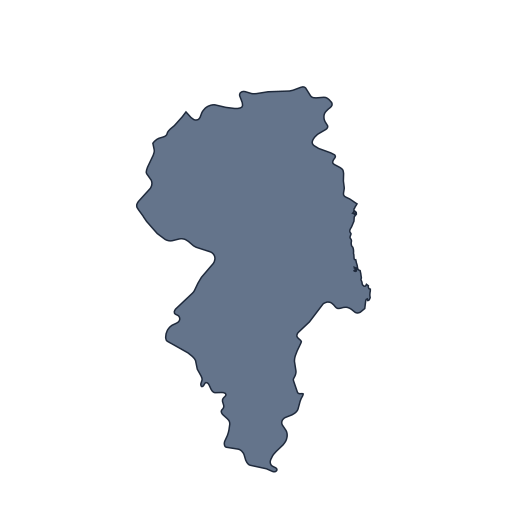 SVG path tracing the border of Al Madinah, rotated 219°
{"feature_id": "SAU-845", "entity_name": "Al Madinah", "entity_type": "Region", "adm_level": 1, "iso_a3": "SAU", "parent_name": "Saudi Arabia", "parent_adm1": "", "projection": "natural_earth1", "projection_center": [39.015, 24.943], "detail": "fine", "context": "isolated", "style": "filled", "palette": "slate", "viewbox_px": 512, "rotation_deg": 219, "n_neighbors": 0, "source": "natural_earth", "source_scale": "10m", "svg_char_len": 5898}
<svg xmlns="http://www.w3.org/2000/svg" viewBox="0 0 512 512"><g transform="rotate(219 256 256)"><path d="M210.3,360.1L210.1,358.7L209.9,356.8L209.5,355.3L209.4,354.1L208.5,353.0L208.0,352.2L207.8,351.1L207.8,350.0L206.5,350.7L205.9,350.3L205.5,350.3L205.5,351.5L206.1,352.1L207.5,352.7L207.5,353.1L205.6,353.0L204.3,351.7L204.3,348.3L201.8,344.7L200.4,340.0L200.0,338.5L199.8,336.8L199.4,335.2L198.5,334.0L197.9,333.7L197.3,333.5L196.3,333.2L195.8,332.5L195.5,331.5L195.1,330.3L194.4,329.3L193.4,329.0L192.5,328.7L191.7,328.2L191.2,327.7L190.6,326.6L189.7,325.4L189.2,325.0L188.3,324.2L187.1,323.8L186.2,323.7L184.8,322.7L184.1,322.1L183.0,320.9L181.9,319.4L180.7,318.5L179.8,317.5L178.1,315.7L177.6,315.4L177.1,315.3L176.6,315.5L176.2,315.9L174.9,314.9L174.0,314.1L171.6,312.5L169.9,311.0L170.2,310.2L171.2,309.4L172.6,309.1L172.0,308.5L171.2,308.8L170.1,309.4L169.7,308.6L170.4,307.4L170.6,306.3L170.0,306.1L169.6,306.6L168.9,306.7L168.6,307.4L168.9,307.7L169.1,308.4L169.2,309.2L169.2,309.8L168.9,310.2L167.6,309.7L165.9,310.2L163.3,308.1L162.5,307.3L160.3,305.3L159.8,304.0L159.1,303.4L158.1,302.9L157.1,302.3L156.2,301.4L155.1,300.6L153.7,300.6L153.1,300.5L152.2,301.2L152.0,302.1L152.4,303.5L149.9,303.6L149.3,302.6L147.7,301.7L146.3,302.2L145.1,300.7L144.3,299.2L143.0,297.3L141.0,295.4L140.4,293.1L141.0,291.7L141.4,291.8L142.5,292.7L143.0,291.6L142.6,290.3L138.4,283.6L138.5,283.2L139.3,279.2L139.6,277.9L140.3,276.7L141.2,275.6L142.4,274.9L143.5,274.6L148.2,274.6L150.4,274.3L151.6,273.9L153.0,273.4L154.4,272.3L155.8,270.9L157.3,268.8L158.5,267.4L159.8,266.5L161.0,266.3L162.3,266.4L164.9,266.9L167.6,267.0L169.1,266.7L170.4,266.0L171.8,264.9L172.9,263.1L173.5,261.8L173.7,260.9L173.0,238.4L175.1,222.8L174.9,221.5L174.5,220.3L173.8,219.4L173.0,219.0L171.8,218.7L168.2,218.5L167.3,218.2L167.0,218.1L166.8,217.9L166.3,216.5L164.3,208.2L162.6,203.0L161.7,201.1L160.9,199.8L159.9,198.4L152.5,191.7L151.5,190.4L150.8,189.0L150.3,187.6L149.5,183.9L149.3,183.6L149.0,183.2L148.1,182.5L137.9,176.1L136.7,175.9L135.5,176.4L133.4,178.2L132.5,178.5L132.1,177.7L131.7,176.5L131.2,173.7L130.3,170.9L127.1,163.7L126.7,162.3L126.6,160.9L126.7,159.5L127.0,158.1L128.0,155.3L131.5,149.1L132.0,148.0L132.2,146.6L132.2,145.0L131.6,143.3L130.6,142.1L129.4,141.3L122.9,139.3L121.5,138.6L120.3,137.7L119.1,136.5L118.1,135.1L117.4,133.7L116.8,132.3L116.4,130.8L116.2,129.1L116.1,126.3L117.3,117.0L117.5,113.2L117.4,111.4L116.5,107.3L116.0,106.0L115.6,105.2L114.7,104.2L113.7,103.5L112.7,103.1L112.0,103.0L111.0,103.0L107.3,103.8L106.1,103.7L105.1,103.0L104.9,101.9L105.2,100.7L106.2,99.6L107.4,99.0L114.0,97.2L128.5,89.9L129.8,89.4L131.3,89.4L133.1,89.8L135.6,90.9L140.4,94.2L142.0,94.9L144.4,95.4L145.7,95.4L147.0,95.2L148.3,94.7L158.9,88.6L159.9,88.5L160.9,88.8L162.4,90.0L163.2,91.2L163.7,92.3L165.3,98.6L166.4,101.4L167.5,103.7L170.6,108.9L171.9,110.2L173.5,111.1L176.0,111.5L181.7,111.8L182.9,112.0L184.1,112.5L185.1,113.2L185.6,114.2L185.7,115.0L185.7,115.4L185.6,115.7L185.6,116.2L185.7,117.3L186.1,118.5L187.1,119.6L190.5,121.9L191.5,123.1L191.9,124.4L191.9,125.8L191.7,127.2L191.7,128.5L192.3,129.5L193.4,129.9L195.2,129.4L196.7,128.4L201.8,124.0L202.6,123.6L203.7,123.4L205.1,123.5L207.0,124.1L211.2,126.2L212.6,126.7L213.9,126.8L215.3,126.1L215.6,125.0L215.4,123.7L215.2,122.4L215.3,121.2L215.9,120.4L217.0,120.5L218.3,121.7L218.9,123.1L219.9,125.8L221.2,127.1L223.2,128.2L230.4,131.1L237.2,136.7L239.3,137.5L242.2,137.9L247.9,137.9L271.4,133.9L272.7,134.1L274.0,135.0L275.0,135.9L276.9,138.9L277.9,141.8L278.2,143.1L278.3,144.9L278.3,146.4L277.8,148.9L277.5,149.7L275.5,153.8L274.8,155.9L274.9,157.5L275.5,159.0L276.6,160.0L277.8,160.6L279.1,160.7L281.8,160.1L283.1,160.1L284.4,161.2L284.9,162.6L285.1,164.1L282.0,187.0L281.9,189.1L282.2,190.8L284.0,198.3L285.0,205.1L284.5,223.3L284.8,225.2L285.5,226.8L286.2,228.1L287.2,229.1L287.8,229.6L288.9,230.2L290.1,230.6L291.3,230.8L292.7,230.8L294.0,230.5L308.1,225.1L311.0,224.6L317.7,224.8L320.2,224.5L321.4,224.3L322.5,223.9L323.2,223.5L324.3,222.9L325.4,222.0L326.5,220.8L330.7,215.2L332.0,213.9L333.5,212.9L335.4,212.1L337.0,211.7L346.9,211.3L362.7,214.0L367.7,215.5L369.0,216.0L376.5,218.0L379.1,218.9L380.2,219.8L381.1,221.1L381.5,222.8L381.7,224.4L380.7,242.1L381.0,243.6L381.5,245.2L382.6,247.0L383.9,248.2L385.2,249.0L392.6,251.1L393.5,251.6L394.1,252.1L395.2,254.1L396.2,256.8L399.3,269.6L400.4,272.4L401.1,273.6L402.1,274.6L407.1,278.7L407.1,281.1L406.5,284.1L405.7,286.0L405.6,286.3L403.0,290.1L402.1,291.7L401.8,292.8L401.7,293.8L401.8,294.3L402.6,296.6L402.7,298.2L402.5,300.8L401.5,305.9L400.9,317.6L401.1,323.9L393.6,322.7L390.0,322.9L388.7,323.5L387.6,324.5L386.8,325.7L386.6,327.1L386.7,328.5L388.2,333.0L388.5,334.4L388.6,335.9L388.5,338.9L388.1,340.6L387.4,342.4L385.9,344.9L384.5,346.5L383.1,347.6L373.0,352.5L365.6,357.1L363.0,359.2L361.3,361.3L360.7,362.9L361.1,364.4L362.1,365.5L363.3,366.6L369.6,370.3L370.5,371.4L370.9,372.9L370.3,374.8L369.2,376.1L367.9,376.9L361.3,379.6L359.7,380.8L358.0,382.3L350.0,391.2L333.8,405.3L331.5,408.2L327.4,415.2L326.0,417.0L324.6,417.7L323.2,417.8L314.4,414.8L313.0,414.6L311.3,415.0L308.9,416.6L303.1,422.1L301.9,422.8L301.7,423.0L300.2,423.4L298.9,423.5L297.6,423.5L293.9,422.9L293.6,422.8L292.5,422.0L291.8,420.9L291.6,419.6L291.7,418.2L292.3,415.5L292.6,412.5L292.6,411.0L292.3,409.6L291.7,408.2L290.8,406.9L289.7,405.7L288.7,404.9L287.0,403.9L283.2,402.6L282.0,402.1L281.3,401.0L281.1,399.6L281.4,398.2L284.5,390.0L284.8,388.8L285.2,385.5L285.1,383.5L284.9,382.2L284.5,380.9L283.9,379.7L282.8,378.8L281.6,378.4L280.4,378.3L275.0,379.0L262.8,383.2L258.5,384.1L257.1,383.5L256.5,382.3L256.3,379.5L256.0,378.2L255.4,377.1L254.4,376.4L252.7,376.4L246.6,377.6L244.3,377.8L242.4,377.4L241.1,376.4L239.8,375.2L235.3,369.3L230.7,364.9L229.9,364.0L227.5,359.8L226.4,358.6L224.9,358.1L223.2,358.3L219.1,359.3L212.0,359.9L210.3,360.1Z" fill="#64748b" stroke="#1e293b" stroke-width="1.5"/></g></svg>